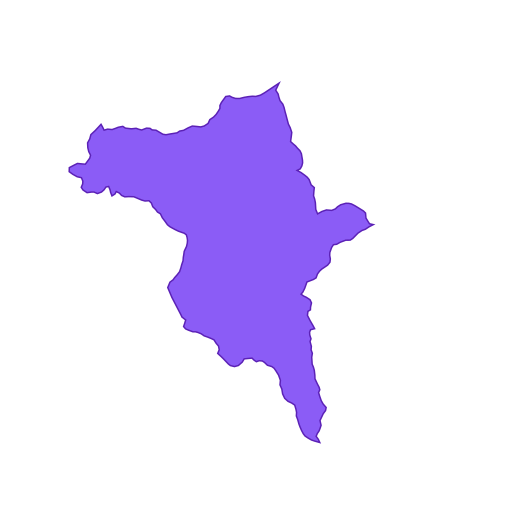 the district of São Simão, São Paulo, Brazil, rotated 239°
{"feature_id": "56859067B82998923442878", "entity_name": "São Simão", "entity_type": "district", "adm_level": 2, "iso_a3": "BRA", "parent_name": "Brazil", "parent_adm1": "São Paulo", "projection": "orthographic", "projection_center": [-47.581, -21.467], "detail": "fine", "context": "isolated", "style": "filled", "palette": "violet", "viewbox_px": 512, "rotation_deg": 239, "n_neighbors": 0, "source": "geoboundaries", "source_scale": "gbopen_adm2", "svg_char_len": 3855}
<svg xmlns="http://www.w3.org/2000/svg" viewBox="0 0 512 512"><g transform="rotate(239 256 256)"><path d="M420.3,141.1L416.1,143.5L413.0,146.7L409.3,146.1L407.0,144.5L404.9,141.6L401.7,141.7L397.3,143.8L395.6,147.8L394.2,150.1L391.2,152.2L390.4,156.5L391.0,159.8L392.4,162.9L391.5,165.5L388.0,165.0L385.3,164.1L381.7,163.5L381.8,167.1L383.2,169.4L380.3,171.3L377.1,172.0L374.3,174.0L372.4,177.6L369.7,181.8L365.6,184.8L362.7,186.9L360.3,189.2L358.5,192.7L355.3,193.6L351.4,192.9L347.6,193.9L344.4,194.2L341.4,195.8L337.1,195.4L332.4,195.9L328.4,196.2L325.6,197.2L323.3,198.5L320.1,200.4L317.2,202.3L314.4,204.6L312.5,206.2L310.1,207.2L307.4,206.5L304.8,205.4L302.4,203.7L300.0,201.4L297.0,196.9L294.5,194.9L292.3,193.0L289.5,191.0L286.7,187.7L284.6,185.6L281.9,182.4L280.4,178.5L279.4,175.2L278.3,172.7L277.9,168.8L274.4,164.1L263.9,162.6L244.7,161.4L241.7,161.1L237.4,162.8L235.1,160.3L232.8,157.6L229.8,158.1L227.1,160.0L223.5,162.9L222.2,165.1L220.3,166.9L217.5,169.0L214.3,170.4L211.3,172.9L208.6,174.9L205.8,176.8L201.6,176.9L198.2,177.5L194.6,176.2L192.2,173.0L187.9,174.3L184.8,175.1L177.6,176.7L175.3,177.6L172.3,180.6L171.2,184.5L172.1,189.5L173.9,192.9L172.4,196.1L170.5,200.0L167.7,200.7L165.2,201.9L164.6,204.8L162.7,207.4L160.3,208.5L156.5,209.5L153.1,212.6L150.5,213.7L147.4,213.9L142.3,214.0L136.9,212.9L133.2,210.2L128.6,209.6L124.1,207.8L119.2,207.3L114.9,208.6L111.7,210.8L108.3,212.4L104.0,211.3L101.0,210.2L98.1,208.2L94.3,207.5L90.0,206.3L86.8,205.7L83.1,205.2L79.4,205.0L76.5,205.3L73.1,206.9L69.7,208.8L67.0,211.1L63.3,214.6L66.8,215.0L70.5,214.7L72.3,217.2L73.6,220.0L75.4,222.3L77.4,224.6L82.0,226.1L83.8,228.8L86.2,232.4L87.7,236.0L90.0,238.1L94.6,237.3L98.4,237.4L102.7,238.3L106.7,239.3L108.5,241.8L111.0,242.5L114.5,242.7L120.4,243.3L123.6,245.1L128.0,247.1L131.3,248.0L134.3,248.4L140.5,251.6L143.6,254.2L147.2,254.9L150.0,256.9L154.9,258.3L156.7,260.5L160.6,261.4L163.1,262.7L164.7,264.8L163.5,268.8L166.9,269.0L173.0,269.1L178.6,269.5L181.8,272.0L181.8,274.9L184.2,276.5L187.2,279.4L190.7,279.8L194.8,277.8L197.3,276.1L200.1,275.0L200.9,277.5L203.2,281.1L207.5,286.3L206.3,293.1L206.3,296.2L208.9,299.4L210.3,302.7L210.9,305.6L211.3,312.7L212.6,316.2L215.2,318.2L218.6,319.5L221.0,321.1L224.4,325.3L225.8,328.2L224.5,331.2L224.4,335.3L223.3,341.1L221.1,344.9L221.2,347.9L222.1,351.4L223.1,355.3L223.3,360.0L222.6,363.5L222.8,367.9L222.5,372.7L225.2,369.9L228.3,369.8L231.9,369.8L236.4,372.0L239.2,371.3L243.9,368.9L248.1,366.7L251.5,364.6L253.3,362.7L254.9,360.2L256.3,355.0L256.2,351.3L255.5,348.3L256.1,344.4L259.2,340.1L260.2,335.5L260.4,330.5L265.1,331.2L271.0,334.3L274.6,335.6L277.9,336.3L281.6,338.9L284.6,341.2L288.6,339.9L294.1,340.9L297.1,340.5L300.1,339.4L304.3,337.6L308.2,335.3L307.9,338.8L309.6,341.7L311.8,343.9L314.2,345.2L320.3,347.6L323.5,347.9L327.4,347.0L330.0,346.6L332.9,345.6L336.3,344.6L340.4,347.9L343.5,350.3L348.4,351.4L352.4,351.7L358.3,353.4L361.3,354.3L364.6,355.2L368.7,356.5L372.3,357.2L376.8,356.6L380.7,357.5L383.4,358.4L388.0,358.3L392.3,364.8L391.5,347.1L391.6,342.6L392.9,338.0L394.8,335.2L396.5,331.6L398.1,327.5L399.4,323.2L401.6,319.6L404.5,317.1L406.8,315.8L408.3,312.2L405.4,305.4L403.6,302.6L401.1,301.1L399.5,298.2L397.9,294.8L396.9,291.1L396.7,286.7L394.3,283.2L394.1,278.6L395.1,275.1L397.5,272.0L400.2,268.3L400.8,263.8L401.0,258.7L402.4,254.9L402.2,251.8L403.6,248.3L404.8,245.3L406.3,241.3L408.3,238.9L411.8,237.0L415.3,235.1L417.6,231.9L420.0,230.9L422.0,228.0L422.9,222.9L424.9,220.9L427.2,219.0L429.2,214.7L432.9,209.9L435.7,208.6L437.3,204.2L437.8,201.2L438.5,197.8L441.2,194.1L442.1,190.6L445.5,190.9L448.7,191.0L447.7,187.6L446.3,182.7L445.1,177.0L442.0,173.8L439.7,169.9L435.4,167.6L431.6,166.4L427.6,166.1L425.5,163.9L422.6,157.0L424.9,153.8L427.3,150.6L427.6,146.8L427.9,141.5L424.5,139.3L420.3,141.1Z" fill="#8b5cf6" stroke="#5b21b6" stroke-width="1.5"/></g></svg>